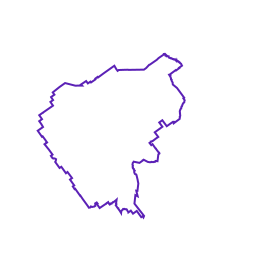 Quilpie, Queensland, Australia, rotated 138°
{"feature_id": "25037944B55337411871300", "entity_name": "Quilpie", "entity_type": "district", "adm_level": 2, "iso_a3": "AUS", "parent_name": "Australia", "parent_adm1": "Queensland", "projection": "robinson", "projection_center": [143.431, -26.15], "detail": "fine", "context": "isolated", "style": "outline", "palette": "violet", "viewbox_px": 256, "rotation_deg": 138, "n_neighbors": 0, "source": "geoboundaries", "source_scale": "gbopen_adm2", "svg_char_len": 5105}
<svg xmlns="http://www.w3.org/2000/svg" viewBox="0 0 256 256"><g transform="rotate(138 128 128)"><path d="M51.0,158.5L58.5,159.5L61.0,159.4L69.6,160.5L70.0,160.8L74.4,160.4L77.1,160.7L88.9,171.0L89.0,171.3L92.4,174.2L96.1,177.3L97.5,177.4L97.3,179.6L96.5,183.4L109.3,184.9L116.5,185.6L116.4,186.3L119.3,186.6L119.6,185.9L125.0,186.6L124.9,187.6L128.0,188.0L127.7,190.9L133.9,191.8L133.8,190.3L138.9,194.8L144.7,203.5L151.5,204.3L160.1,204.8L160.4,202.0L164.5,202.5L164.6,202.3L164.6,202.1L165.0,198.9L168.2,199.3L168.6,196.4L168.6,196.1L168.8,194.8L180.5,196.3L181.0,196.2L181.2,196.4L185.4,196.9L185.8,193.6L186.0,192.1L189.4,192.5L189.8,188.9L190.5,185.6L196.9,186.4L197.8,179.0L197.0,178.9L197.5,173.9L197.6,173.6L197.8,171.4L198.9,171.5L199.3,171.8L199.7,171.6L200.9,171.8L201.0,169.4L201.2,166.2L201.2,165.8L201.2,165.6L201.9,158.7L203.9,158.9L204.0,158.0L204.1,157.9L204.0,157.6L204.2,156.4L204.3,156.2L204.0,155.3L203.4,155.1L202.7,154.1L202.5,153.5L202.5,153.1L202.4,152.9L203.8,151.8L204.8,151.5L205.6,144.1L203.5,143.8L204.4,135.9L204.1,135.9L203.9,135.9L202.4,135.8L203.1,128.2L205.6,128.5L206.4,121.3L208.1,121.5L208.6,118.3L207.9,118.2L208.9,109.7L208.6,109.7L209.2,105.4L210.2,95.9L210.3,95.3L210.4,95.2L210.4,94.9L209.8,94.7L209.5,94.3L208.8,94.2L208.0,94.5L207.5,93.3L205.9,92.4L205.7,92.2L204.4,92.0L204.0,92.7L203.1,92.9L202.8,93.9L201.1,93.6L201.2,92.2L202.0,92.3L202.6,87.5L195.5,86.5L195.1,86.3L194.4,86.5L192.4,86.2L192.6,85.8L192.6,85.6L192.8,85.2L192.8,84.7L192.2,84.2L192.7,83.9L192.8,83.7L192.8,83.3L191.6,83.1L191.1,83.1L190.9,82.9L190.8,83.0L190.3,82.9L190.1,83.0L189.4,82.9L189.2,82.9L189.0,83.0L188.6,82.6L187.9,82.6L187.7,82.5L187.2,82.5L186.9,82.4L186.8,82.5L185.6,82.4L185.0,82.2L184.9,82.4L184.4,82.4L187.1,80.1L187.5,79.9L187.5,79.2L187.8,79.0L188.3,78.9L188.4,78.7L188.8,78.7L189.2,75.6L189.2,75.2L189.3,74.3L189.2,74.3L189.3,74.1L189.5,72.3L190.0,69.5L189.9,69.6L189.8,69.8L189.5,69.9L189.1,70.2L188.7,70.5L188.4,70.8L187.6,70.9L186.4,70.8L186.0,71.1L185.7,71.1L185.4,70.6L185.3,70.4L185.1,70.2L184.7,70.2L184.1,69.1L183.5,68.7L183.4,68.4L183.9,66.4L184.0,65.9L183.8,65.4L184.1,65.0L181.2,64.7L181.6,61.0L177.0,60.5L177.8,52.9L176.2,52.7L176.4,51.2L174.9,51.9L173.8,67.5L167.4,73.2L166.5,70.8L163.8,75.9L163.0,75.0L157.4,79.9L156.1,82.2L155.7,82.7L153.1,87.5L153.0,88.1L153.3,88.4L153.6,89.3L153.3,90.2L152.8,91.3L151.5,91.8L151.5,92.1L151.7,92.9L151.5,93.4L151.1,93.6L151.2,94.8L150.9,95.1L150.8,95.3L150.9,95.5L150.4,95.9L150.2,96.4L149.9,96.5L149.4,96.9L149.3,97.7L148.1,98.6L147.9,98.8L147.7,98.9L146.8,99.0L146.3,98.9L146.2,99.0L142.8,94.4L138.4,93.9L138.4,94.1L137.6,94.0L136.0,89.6L135.3,88.7L134.5,87.7L133.3,87.2L133.1,87.0L133.1,86.7L132.2,86.0L132.0,85.7L131.6,85.6L131.4,85.3L130.8,85.1L130.6,84.8L130.3,84.7L129.8,85.1L129.6,85.1L129.4,85.0L129.3,84.7L129.1,84.6L128.3,83.6L123.1,88.1L121.7,88.0L121.5,88.3L121.4,88.8L121.6,88.9L121.2,93.7L121.0,94.0L121.1,94.3L121.2,94.5L120.6,99.6L122.2,99.7L122.0,102.5L119.6,102.2L119.6,102.4L118.8,102.0L118.5,102.0L118.3,101.8L114.4,101.5L111.5,101.1L111.0,106.9L101.6,105.9L101.1,111.2L97.3,110.8L98.0,103.4L90.4,102.5L90.0,102.1L90.3,102.1L90.6,102.0L90.8,101.1L90.9,100.9L83.5,100.2L83.2,100.5L82.8,100.8L82.7,101.0L82.4,101.1L82.1,101.4L81.9,101.8L81.7,101.8L81.0,102.1L80.5,102.9L80.0,103.4L79.9,103.8L79.6,104.0L79.1,104.8L78.8,105.0L78.5,105.6L78.3,105.8L77.9,106.1L77.2,106.4L77.0,106.6L76.4,106.9L75.7,107.0L75.4,106.9L74.7,107.6L74.0,107.9L73.8,108.2L73.6,108.2L73.2,108.1L72.7,108.4L72.0,108.9L71.5,109.0L71.1,109.3L70.9,109.3L70.5,109.5L69.9,109.5L69.6,109.4L68.9,109.5L68.3,110.1L67.8,110.5L67.3,110.7L67.0,113.0L66.0,112.9L64.8,125.0L65.6,130.3L65.5,130.5L65.4,130.6L65.3,130.8L65.1,131.1L64.9,131.3L64.7,131.5L64.4,131.9L64.4,132.2L64.2,132.7L64.2,132.9L64.0,133.5L64.0,133.8L63.8,134.2L63.7,134.4L63.6,134.6L63.4,134.7L63.5,134.9L63.3,135.3L63.4,135.5L63.2,135.8L62.9,136.0L62.7,136.3L62.7,136.5L62.5,137.1L62.1,137.8L62.1,138.7L61.8,140.0L61.1,139.5L61.1,139.8L53.8,139.1L53.8,138.6L49.7,138.2L49.7,138.6L46.2,138.2L46.1,138.7L45.7,139.7L45.6,140.1L45.6,140.3L45.7,140.5L45.7,141.0L45.8,141.1L45.8,141.4L45.9,141.6L45.9,141.8L45.7,142.0L45.7,142.3L45.8,142.4L45.9,142.6L46.1,142.8L46.1,143.1L46.1,143.3L45.9,143.3L46.0,143.7L46.0,143.8L46.0,144.0L46.3,144.2L46.3,144.5L46.2,144.5L46.3,144.8L46.4,145.0L46.5,145.0L46.5,145.3L46.7,145.2L46.7,145.3L46.8,145.3L46.7,145.5L46.9,145.4L47.0,145.7L47.0,145.8L46.9,146.0L47.1,146.1L47.1,146.3L47.2,146.2L47.2,146.4L47.1,146.6L47.3,146.7L47.3,146.9L47.1,147.0L47.4,147.4L47.3,147.6L47.7,148.3L47.8,148.3L48.0,148.3L48.0,148.7L48.5,149.2L48.6,149.7L48.7,149.8L48.8,149.8L48.8,150.1L49.1,150.5L49.2,151.0L49.4,151.0L49.4,151.3L49.7,151.5L49.8,152.0L50.0,152.2L50.1,152.3L50.1,152.2L50.2,152.3L50.4,152.5L50.3,153.1L50.2,153.2L50.2,153.6L50.2,153.9L50.0,154.1L50.3,154.3L50.6,154.7L50.4,154.9L50.6,155.3L50.6,155.5L50.8,156.0L51.0,155.8L51.5,155.8L51.5,156.3L51.2,156.8L51.5,157.0L51.2,157.3L51.5,157.8L51.2,157.8L51.3,158.0L51.2,158.2L51.2,158.3L51.1,158.2L50.9,158.2L50.9,158.4L51.0,158.5L51.0,158.5Z" fill="none" stroke="#5b21b6" stroke-width="2"/></g></svg>